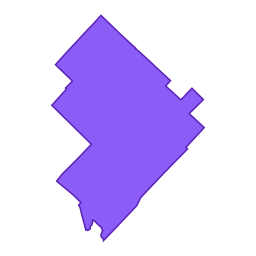 the district of General Paz, Buenos Aires, Argentina
{"feature_id": "61730980B14792793371960", "entity_name": "General Paz", "entity_type": "district", "adm_level": 2, "iso_a3": "ARG", "parent_name": "Argentina", "parent_adm1": "Buenos Aires", "projection": "orthographic", "projection_center": [-58.446, -35.474], "detail": "fine", "context": "isolated", "style": "filled", "palette": "violet", "viewbox_px": 256, "rotation_deg": 0, "n_neighbors": 0, "source": "geoboundaries", "source_scale": "gbopen_adm2", "svg_char_len": 2248}
<svg xmlns="http://www.w3.org/2000/svg" viewBox="0 0 256 256"><path d="M203.4,99.6L191.9,88.2L180.9,99.9L165.7,86.0L170.5,80.6L155.2,66.5L152.7,64.0L150.9,62.4L139.3,51.7L135.5,48.8L135.9,48.4L121.4,35.1L101.0,15.4L92.0,25.2L90.9,26.3L85.1,32.4L81.9,35.9L80.6,37.3L77.3,40.9L73.7,44.7L71.3,47.3L66.8,52.1L64.1,55.1L60.4,59.2L57.0,63.0L55.5,64.7L57.4,66.6L58.1,67.3L61.2,70.2L65.1,74.0L68.7,77.4L72.4,81.0L69.4,84.1L65.5,88.1L66.5,89.0L62.6,93.3L58.3,98.1L56.1,100.5L54.7,102.1L51.8,105.3L91.4,144.3L79.9,156.3L75.5,160.8L73.0,163.3L62.2,174.0L56.6,181.2L61.2,185.0L69.5,191.8L72.6,194.4L76.8,198.5L81.0,202.6L78.6,205.1L80.0,207.4L81.0,211.7L85.8,229.9L86.0,229.7L86.3,229.6L86.5,229.7L86.7,229.8L87.1,230.1L87.6,230.4L87.8,230.4L88.2,230.3L88.3,230.2L88.8,229.9L89.1,229.7L89.4,229.4L89.8,229.2L90.1,228.9L90.3,228.4L90.4,228.0L90.4,227.6L90.4,227.1L90.5,226.6L90.6,226.1L90.8,225.7L91.0,225.6L91.4,225.3L91.6,225.1L91.8,224.8L92.0,224.4L92.0,224.1L92.2,223.8L92.3,223.6L92.3,223.2L92.2,222.9L92.2,222.7L92.4,222.4L92.5,222.1L92.7,221.7L92.7,221.4L92.5,221.1L92.5,220.7L92.4,220.4L92.5,220.1L93.0,220.0L93.3,220.1L93.5,220.3L93.8,220.5L94.0,220.7L94.3,220.9L94.6,221.0L94.9,221.1L95.1,221.3L95.2,221.6L95.3,221.8L95.5,222.0L95.7,222.3L96.0,222.4L96.3,222.7L96.5,223.0L96.7,223.3L96.9,223.6L97.1,223.7L97.4,223.9L97.7,224.0L97.8,224.1L98.0,224.3L98.2,224.6L98.4,224.8L98.6,225.0L98.9,225.3L99.0,225.4L99.3,225.6L99.5,225.8L99.6,226.0L99.9,226.3L100.1,226.5L100.7,226.8L101.0,226.9L101.2,227.1L101.4,227.2L101.4,227.3L101.4,227.7L101.5,228.0L101.6,228.3L101.7,228.6L101.9,229.0L101.9,229.4L102.0,229.6L102.3,229.9L102.6,230.2L102.7,230.4L102.7,230.7L102.6,231.0L102.5,231.3L102.3,231.5L102.1,231.8L101.9,232.0L101.9,232.4L101.7,232.7L101.6,233.1L101.4,233.5L101.3,233.8L101.3,234.0L101.2,234.5L101.1,234.8L101.1,235.0L100.9,235.5L101.0,236.0L101.2,236.5L101.4,237.0L101.7,237.3L102.1,237.7L102.3,238.1L102.7,238.4L102.9,238.8L103.3,239.0L103.4,239.4L103.5,239.7L103.5,240.1L103.5,240.6L113.6,230.2L118.4,225.1L130.9,211.9L131.0,211.8L136.8,205.6L139.5,200.1L140.2,198.3L143.0,195.1L154.8,182.7L162.8,174.2L169.2,167.7L169.3,167.5L187.5,149.0L185.9,147.4L204.2,127.6L189.2,113.6L203.4,99.6Z" fill="#8b5cf6" stroke="#5b21b6" stroke-width="1.5"/></svg>